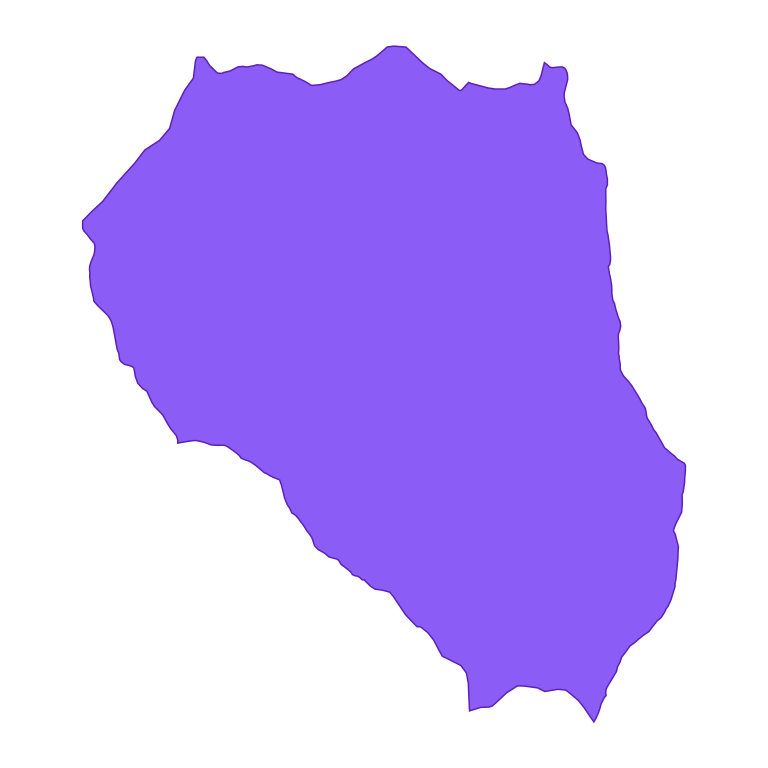 Samkhar, Tashigang, Bhutan
{"feature_id": "84629894B56861060661097", "entity_name": "Samkhar", "entity_type": "district", "adm_level": 2, "iso_a3": "BTN", "parent_name": "Bhutan", "parent_adm1": "Tashigang", "projection": "natural_earth1", "projection_center": [91.595, 27.298], "detail": "fine", "context": "isolated", "style": "filled", "palette": "violet", "viewbox_px": 768, "rotation_deg": 0, "n_neighbors": 0, "source": "geoboundaries", "source_scale": "gbopen_adm2", "svg_char_len": 4476}
<svg xmlns="http://www.w3.org/2000/svg" viewBox="0 0 768 768"><path d="M197.0,57.2L195.5,60.7L193.4,78.1L184.7,90.2L181.9,95.8L174.6,110.5L171.9,120.2L169.6,128.4L159.6,140.3L144.8,150.0L134.7,163.2L116.9,182.9L103.7,200.1L102.5,201.6L92.3,211.0L82.7,220.8L82.6,225.4L82.7,228.5L84.0,231.2L86.9,234.2L90.6,239.2L94.3,243.4L95.0,246.9L94.8,248.9L94.6,251.6L93.9,254.8L91.1,261.6L89.7,266.0L89.5,269.2L89.9,272.9L89.7,276.9L90.2,281.0L90.5,284.8L90.8,286.9L92.3,292.8L93.4,297.6L93.9,301.2L97.7,305.6L107.7,315.3L109.7,318.2L111.6,322.1L113.0,327.0L113.6,329.8L116.1,343.7L117.1,349.1L118.9,353.7L119.6,359.6L121.3,362.0L124.7,364.4L128.4,365.3L132.0,366.4L133.9,368.1L135.4,376.7L137.8,383.3L142.6,388.5L146.9,391.2L150.2,398.7L152.1,402.7L154.7,406.7L161.0,413.1L162.9,415.2L167.5,423.6L170.8,428.8L176.3,435.6L177.2,438.4L177.8,440.3L177.7,443.1L188.0,441.3L193.4,440.6L196.8,440.6L203.8,442.2L211.2,444.9L216.5,445.3L219.7,445.3L221.5,445.2L224.8,445.4L227.1,446.4L228.7,447.4L236.4,453.0L237.8,454.2L239.4,455.7L241.2,458.2L245.9,460.1L248.1,460.8L250.8,462.0L255.7,465.4L258.9,468.0L264.4,472.8L266.9,473.8L269.7,475.6L273.3,477.3L277.7,479.1L279.7,480.0L280.7,483.1L281.4,484.9L282.1,487.7L283.0,491.4L284.5,497.7L287.1,504.4L289.9,508.6L291.9,513.0L293.6,514.0L295.6,515.3L298.4,518.5L299.6,520.3L301.7,523.0L303.3,525.1L307.2,531.3L308.9,533.4L311.7,537.2L313.1,541.2L314.6,545.7L318.2,549.6L322.9,552.2L324.8,553.4L329.1,557.0L337.0,559.1L338.6,560.3L341.2,564.5L344.5,566.9L346.6,568.5L348.3,569.9L350.7,571.9L352.4,574.6L354.7,575.7L357.7,576.2L359.9,577.6L362.3,579.9L364.0,579.8L370.5,586.2L375.1,589.2L382.1,590.1L389.7,592.1L393.3,596.4L405.4,614.5L407.9,617.2L413.5,623.1L417.1,626.7L420.6,626.8L427.8,632.6L433.7,640.1L438.6,649.5L442.3,656.2L460.8,665.4L466.4,673.0L468.3,683.2L469.5,710.9L480.9,707.3L488.9,707.1L492.4,706.0L498.1,700.8L506.4,693.0L512.6,689.0L517.4,685.9L523.9,686.0L537.6,687.9L544.8,691.5L558.0,689.3L565.7,690.0L571.6,694.7L578.2,700.3L584.1,707.6L588.9,714.7L590.5,717.1L593.9,721.9L595.9,718.4L598.5,712.6L600.0,708.1L601.0,704.1L604.3,697.6L606.1,695.6L605.7,692.6L606.1,689.4L607.2,686.9L616.4,671.6L617.6,666.5L619.8,662.6L621.7,657.1L626.4,651.0L629.9,646.0L634.4,642.8L639.0,638.8L643.2,635.4L649.0,631.5L651.2,628.5L653.1,626.0L657.1,620.9L661.1,617.7L664.4,612.5L666.2,608.7L668.1,606.2L671.0,599.7L675.0,586.6L675.1,582.5L675.8,580.1L677.9,558.3L678.1,550.0L678.5,547.2L675.2,534.1L673.6,531.3L673.7,529.4L675.9,523.6L679.8,515.9L681.6,512.3L682.2,505.3L682.3,501.7L682.1,494.7L683.3,491.5L684.6,482.3L684.7,478.4L685.4,470.5L685.4,465.3L684.3,463.2L680.8,461.3L677.2,459.0L674.2,455.8L670.9,453.2L664.5,447.7L663.5,445.8L656.1,432.7L653.9,430.0L651.0,424.3L647.3,418.3L646.6,415.7L645.5,408.7L644.5,406.9L642.3,403.7L638.9,397.2L632.0,386.0L628.7,381.7L626.9,379.7L623.4,375.8L620.5,370.2L620.2,367.6L620.2,364.0L619.6,360.6L619.2,358.8L619.1,356.1L618.5,353.9L618.7,350.7L618.8,346.6L618.3,336.7L618.5,333.7L619.8,330.4L620.3,328.3L620.7,326.3L620.1,321.5L618.4,317.6L615.7,309.0L614.5,303.5L612.8,300.1L612.3,296.7L611.9,294.0L611.8,288.8L611.6,285.3L610.6,278.8L609.6,274.5L608.6,268.7L608.4,266.6L609.9,264.1L610.2,262.2L610.5,260.1L610.5,256.8L609.4,244.6L607.9,234.6L607.0,231.0L606.1,215.3L605.8,210.2L605.8,206.3L605.9,203.1L605.9,199.8L605.8,193.8L605.8,190.8L605.8,188.5L607.4,184.9L607.4,179.0L606.2,172.9L606.0,170.2L605.4,167.4L604.1,165.1L602.1,163.6L596.7,163.0L587.8,159.1L583.4,154.2L581.3,146.0L580.5,142.0L580.0,139.9L577.4,132.9L571.1,124.8L569.2,114.3L567.7,108.2L565.0,102.3L564.1,96.3L564.3,92.7L567.5,80.3L567.7,78.3L567.5,75.5L567.3,73.3L566.0,70.1L564.9,68.3L562.2,66.9L557.7,67.1L552.4,67.7L549.7,67.1L548.0,65.4L546.5,64.2L544.4,62.6L541.1,75.7L539.0,80.8L534.4,84.4L530.1,84.7L526.9,84.1L522.3,83.7L519.9,83.3L515.0,85.2L509.7,87.5L505.2,89.0L495.1,89.0L487.8,87.9L484.6,87.0L475.8,84.7L471.2,83.5L468.6,82.4L461.3,90.3L459.4,90.5L448.8,81.9L447.2,80.7L441.0,74.2L429.7,68.5L422.7,62.9L406.0,47.1L393.9,46.1L387.1,47.0L383.7,50.1L379.8,53.4L376.2,56.4L370.8,59.8L367.4,61.4L353.6,68.8L346.9,75.8L341.3,79.6L335.5,81.2L329.0,82.5L319.7,84.8L314.2,85.2L311.5,85.4L305.3,81.6L300.7,79.4L296.8,77.6L292.8,74.2L287.1,73.4L283.9,73.0L277.0,72.1L271.2,68.9L262.4,65.2L257.0,64.8L253.9,65.7L247.2,67.0L242.4,66.4L238.0,66.9L233.1,69.4L230.4,70.9L226.8,71.8L223.9,72.4L222.0,73.3L218.3,73.3L216.3,72.0L209.5,65.3L206.6,60.5L203.9,57.2L197.0,57.2Z" fill="#8b5cf6" stroke="#5b21b6" stroke-width="1.5"/></svg>